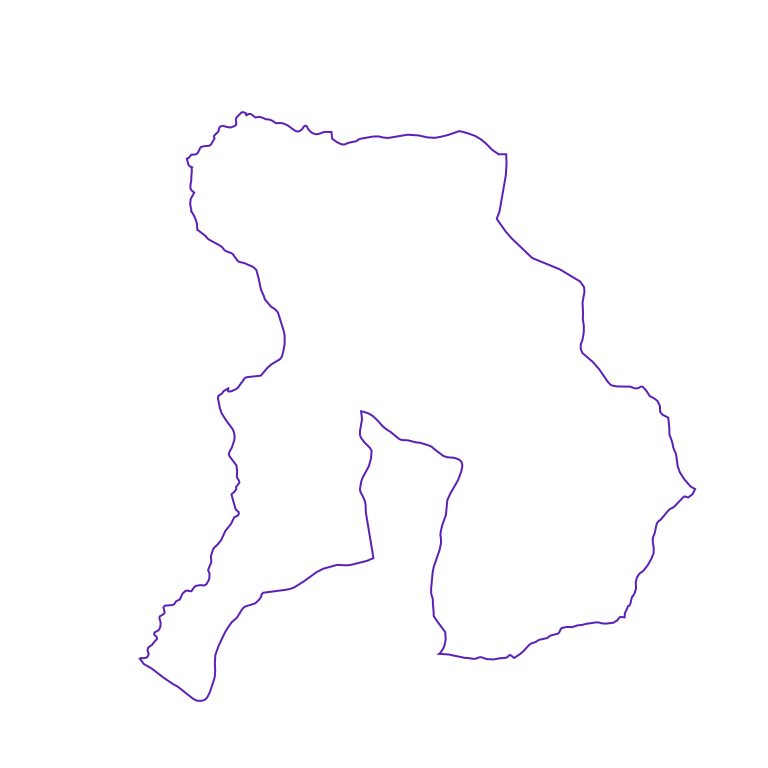 Belen, Nariño, Colombia, rotated 260°
{"feature_id": "7082276B96726097904374", "entity_name": "Belen", "entity_type": "district", "adm_level": 2, "iso_a3": "COL", "parent_name": "Colombia", "parent_adm1": "Nariño", "projection": "albers", "projection_center": [-77.044, 1.595], "detail": "fine", "context": "isolated", "style": "outline", "palette": "violet", "viewbox_px": 768, "rotation_deg": 260, "n_neighbors": 0, "source": "geoboundaries", "source_scale": "gbopen_adm2", "svg_char_len": 6145}
<svg xmlns="http://www.w3.org/2000/svg" viewBox="0 0 768 768"><g transform="rotate(260 384 384)"><path d="M568.2,226.9L567.3,228.0L560.9,233.8L557.8,235.6L556.1,237.3L549.2,246.0L546.9,248.3L543.6,250.1L542.4,251.3L539.5,256.2L538.3,257.6L531.0,261.1L529.5,262.4L527.4,267.3L522.4,274.9L520.5,276.7L518.4,278.1L509.2,278.9L498.3,279.2L492.2,280.8L488.0,281.4L479.7,286.2L476.6,289.7L472.8,292.0L454.0,294.4L449.2,294.6L440.7,293.1L433.3,290.4L428.6,288.1L426.4,285.7L422.8,276.3L419.9,271.6L413.6,264.2L414.5,250.5L414.3,248.5L413.0,246.8L410.8,245.0L410.0,243.8L405.8,239.6L404.5,237.0L403.4,232.6L403.4,230.4L403.7,229.6L404.4,229.2L406.7,229.8L404.8,224.7L402.9,223.0L401.0,218.7L398.5,218.0L388.5,218.2L383.4,219.0L375.8,222.1L366.7,226.7L364.5,227.5L361.1,227.9L358.0,227.7L355.1,227.0L348.1,223.3L344.6,220.4L341.7,218.9L339.6,219.4L329.4,224.5L324.0,224.3L317.8,222.9L314.0,224.4L313.1,224.4L311.9,224.4L308.3,220.5L305.9,220.2L303.4,217.4L302.2,215.1L301.6,214.6L287.5,216.0L286.0,216.4L283.0,218.6L281.3,218.5L279.9,217.3L278.7,213.3L272.7,209.0L267.0,202.4L258.4,196.4L254.7,192.1L252.1,188.0L250.4,186.7L244.2,183.5L239.6,183.2L238.0,182.7L231.8,178.7L230.5,178.5L228.7,179.1L227.2,179.2L223.1,178.3L221.2,177.2L218.2,174.9L217.4,173.9L216.8,171.6L217.9,168.0L217.8,163.5L216.9,161.8L213.5,158.5L213.4,157.6L214.8,154.1L214.6,152.3L212.8,149.6L211.9,148.7L207.2,145.5L206.2,141.7L203.3,138.8L203.1,136.0L203.8,129.9L203.3,129.0L202.3,128.0L197.2,128.3L196.4,127.9L195.3,126.1L194.2,123.1L193.4,122.4L192.2,122.2L188.2,122.6L184.3,121.8L181.3,120.0L180.6,119.1L179.2,114.9L178.1,114.4L177.0,114.2L174.6,116.1L173.7,116.3L171.9,115.9L171.3,114.7L167.3,110.0L165.8,106.8L164.9,105.8L163.0,104.9L158.9,105.4L156.4,103.7L155.9,103.0L155.6,100.0L156.3,97.1L155.9,95.8L150.0,98.8L144.2,105.7L133.1,115.9L125.2,124.0L121.9,128.2L107.5,141.0L105.6,143.3L104.4,145.3L103.7,149.5L103.9,152.2L105.1,154.3L106.8,156.1L111.1,159.2L122.2,165.2L125.4,166.6L130.5,167.9L137.5,168.8L146.3,170.8L155.1,175.8L166.9,184.2L170.4,187.2L175.8,192.6L179.4,198.6L186.3,204.7L188.2,207.0L189.0,209.0L190.3,219.0L193.3,223.6L195.6,225.9L198.3,227.1L199.4,228.9L198.4,251.4L198.5,256.0L199.3,260.4L203.8,271.3L210.3,284.6L212.6,291.9L214.0,306.3L212.0,315.3L211.6,319.7L212.8,336.6L214.4,343.4L260.8,343.8L268.2,344.9L271.7,344.9L277.7,343.5L281.2,342.2L284.5,342.0L292.1,344.7L295.7,346.9L305.7,354.8L312.5,358.1L320.3,360.2L323.5,359.1L329.9,354.6L335.2,351.9L338.3,351.5L342.2,352.3L353.3,356.3L361.1,356.7L360.1,359.2L357.4,364.1L354.9,367.0L349.7,371.0L342.2,375.6L338.6,378.9L335.5,382.3L327.3,389.3L325.8,391.6L324.4,397.7L320.8,405.8L319.9,409.2L316.2,416.6L314.2,419.8L310.3,423.0L302.9,429.9L301.0,433.2L299.3,439.7L297.9,442.6L296.2,445.2L293.6,446.9L289.9,447.0L284.5,444.9L276.3,440.1L264.4,430.1L258.6,426.2L244.2,422.2L234.6,416.7L229.4,414.5L225.6,413.3L222.7,413.3L217.5,412.6L210.7,409.8L195.4,401.3L190.0,399.2L174.1,394.8L169.3,394.1L163.3,394.7L160.0,394.1L149.9,393.2L147.1,392.6L141.9,394.8L129.0,401.2L121.7,400.4L115.8,398.1L113.1,396.3L110.9,394.2L109.3,392.6L108.7,391.4L106.4,400.7L100.1,416.4L99.9,418.2L97.8,424.2L97.6,427.1L98.2,429.7L98.2,431.5L97.9,432.7L95.4,437.0L93.7,443.9L93.8,450.0L93.2,456.6L93.5,457.8L94.9,459.9L95.2,461.0L94.2,462.4L92.0,464.1L91.7,464.9L94.6,471.4L96.8,475.1L101.5,481.2L102.8,483.5L103.6,488.6L105.1,492.2L105.5,500.6L107.1,503.7L107.4,504.8L108.0,512.2L109.1,513.5L112.3,515.8L112.8,516.8L113.0,521.6L111.9,527.0L112.7,532.9L112.3,536.9L112.7,541.2L112.4,551.5L112.0,553.6L110.3,557.3L109.4,561.5L109.1,568.4L110.6,572.4L113.4,575.7L113.4,576.9L112.4,580.4L116.9,581.6L118.3,582.8L122.9,585.8L123.3,587.4L124.9,588.5L128.3,589.9L131.5,591.5L132.5,592.9L135.0,594.8L139.0,596.7L145.4,597.6L149.4,599.4L152.0,601.7L153.3,603.4L154.9,606.9L159.8,612.3L165.7,617.1L170.5,620.1L175.3,621.1L182.0,621.3L185.7,622.0L190.4,624.8L198.2,627.9L200.3,629.4L201.4,630.8L202.3,632.9L210.2,642.2L211.6,644.8L212.0,646.8L212.8,648.5L221.0,659.7L221.0,661.0L220.1,662.2L219.5,664.1L222.0,668.8L226.5,672.2L229.8,668.1L238.0,663.2L245.7,660.0L252.4,658.9L263.0,659.4L265.6,659.2L267.7,658.5L271.5,657.8L276.4,657.8L284.8,656.3L291.7,657.4L301.5,658.1L305.4,652.9L308.8,651.1L314.5,651.9L319.7,650.4L322.2,648.3L326.2,643.5L331.8,641.2L335.6,638.8L336.7,637.5L336.8,636.4L335.8,633.7L335.8,631.7L336.3,629.9L338.6,626.2L341.1,613.2L342.8,608.6L343.9,607.0L347.1,604.9L361.3,598.4L369.7,593.3L380.0,584.8L384.5,583.8L389.0,584.7L393.2,587.2L400.1,589.7L406.6,590.9L413.5,591.1L418.3,592.2L429.9,593.7L439.9,597.4L444.7,597.8L450.9,594.9L466.5,576.9L481.5,553.1L482.9,551.4L505.1,535.1L512.8,530.4L527.1,523.7L533.6,527.6L568.3,540.2L580.0,543.0L589.0,544.2L590.3,536.8L595.7,531.3L603.5,525.9L608.6,521.4L612.4,516.9L616.3,510.2L620.0,502.2L618.1,490.0L617.6,482.9L617.6,476.7L619.3,469.6L622.7,461.5L625.1,451.9L625.4,450.4L625.6,430.8L626.7,426.5L628.9,421.2L629.6,415.9L629.6,403.3L629.3,401.9L627.9,398.5L627.7,390.4L626.9,387.9L626.8,385.7L627.9,383.0L630.4,379.6L633.7,376.3L634.8,375.6L641.3,376.0L642.6,369.2L641.6,362.8L641.8,360.5L642.3,359.1L643.6,357.0L645.4,355.3L647.8,353.8L651.3,352.6L652.1,351.6L651.5,349.9L649.2,347.7L648.0,345.6L647.6,343.8L647.8,342.1L649.2,340.0L655.3,334.2L657.9,330.4L659.1,327.2L659.5,323.4L660.2,322.2L662.4,320.1L663.3,318.8L664.7,316.2L665.2,313.6L666.3,312.2L668.7,308.1L668.8,303.5L671.7,301.2L673.1,299.4L673.4,297.8L673.3,296.8L672.6,295.7L672.6,295.0L674.5,295.0L674.9,294.7L676.0,292.8L676.3,291.0L673.1,286.4L671.3,284.5L670.4,284.1L665.3,283.6L664.6,282.9L664.1,281.9L663.3,278.4L663.5,276.5L664.2,274.4L666.2,270.2L666.0,267.4L665.0,266.3L661.8,264.9L661.0,264.2L658.1,259.8L657.4,259.5L655.2,259.7L650.0,255.3L649.0,253.4L649.4,248.4L649.2,245.0L648.1,243.7L645.3,241.9L643.4,240.1L642.8,238.2L643.3,234.0L640.6,231.1L640.2,229.0L633.9,229.5L632.9,230.0L631.6,231.1L630.7,232.7L629.9,232.0L626.9,231.7L621.9,230.3L617.8,229.5L614.0,228.1L611.2,227.4L608.8,227.7L606.4,229.4L605.6,230.3L605.2,230.2L599.7,225.7L594.7,224.3L589.5,224.5L587.1,224.1L586.0,225.0L582.6,226.1L578.1,227.2L574.3,227.6L568.2,226.9Z" fill="none" stroke="#5b21b6" stroke-width="2"/></g></svg>